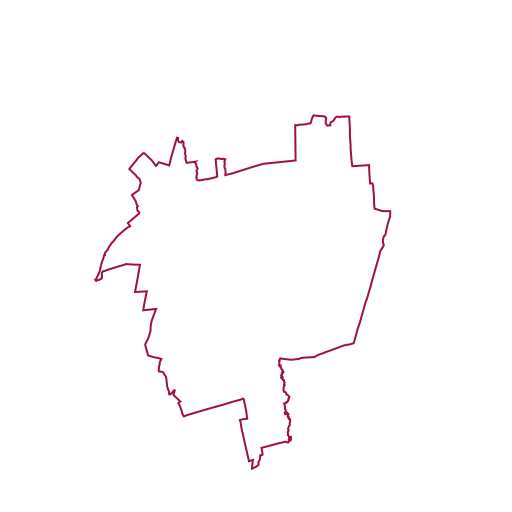 Belcesti, Iasi, Romania (Mercator projection), rotated 44°
{"feature_id": "2599482B23393445756532", "entity_name": "Belcesti", "entity_type": "district", "adm_level": 2, "iso_a3": "ROU", "parent_name": "Romania", "parent_adm1": "Iasi", "projection": "mercator", "projection_center": [27.109, 47.31], "detail": "fine", "context": "isolated", "style": "outline", "palette": "rose", "viewbox_px": 512, "rotation_deg": 44, "n_neighbors": 0, "source": "geoboundaries", "source_scale": "gbopen_adm2", "svg_char_len": 6134}
<svg xmlns="http://www.w3.org/2000/svg" viewBox="0 0 512 512"><g transform="rotate(44 256 256)"><path d="M158.3,384.9L158.2,384.3L158.3,384.1L159.7,382.4L160.1,380.3L160.7,379.7L160.1,378.5L159.6,377.9L157.1,375.6L156.5,374.0L156.5,373.4L157.4,372.1L158.9,368.9L165.1,357.7L167.9,352.8L167.8,352.4L173.8,347.3L178.6,342.9L185.4,352.9L194.0,365.9L202.0,357.3L209.0,368.2L212.6,373.4L220.9,363.5L226.1,375.4L229.2,379.9L231.9,382.8L234.1,386.8L236.0,391.0L237.4,395.8L238.0,396.9L245.7,401.4L247.5,402.5L252.4,400.0L256.9,397.1L259.5,395.8L259.9,397.1L260.0,397.9L261.0,400.0L261.8,400.6L263.1,403.0L264.6,404.7L265.2,405.7L266.4,406.4L268.2,405.0L270.4,404.1L271.9,404.8L274.9,405.3L277.7,407.3L282.1,411.1L286.2,413.5L287.8,413.9L288.0,414.1L289.1,415.6L289.5,415.7L290.1,415.6L290.3,415.4L290.5,414.5L290.6,413.4L290.5,410.8L290.3,410.1L290.5,409.2L290.9,409.1L292.9,413.0L293.2,413.3L302.6,413.2L302.2,415.5L302.4,415.8L304.4,416.3L306.2,417.1L309.6,418.8L312.3,420.5L313.6,421.0L315.5,421.5L316.8,418.6L320.7,411.6L329.9,395.5L334.2,388.3L340.4,377.2L344.6,370.2L345.2,369.1L345.5,367.7L346.6,367.5L356.2,374.0L362.7,379.2L359.9,382.6L358.4,385.2L360.7,386.5L365.1,389.9L393.5,408.5L395.5,404.9L399.0,409.6L400.9,411.7L401.1,411.4L401.7,409.4L402.6,407.4L402.9,404.4L402.5,403.9L401.1,403.0L400.1,399.8L398.8,397.9L397.5,396.5L398.8,394.7L398.7,394.5L397.8,393.5L393.2,390.2L402.7,374.5L406.1,369.2L406.3,369.0L407.6,368.6L408.0,368.1L408.6,367.9L408.7,367.3L408.4,366.5L407.0,365.2L407.0,364.8L407.3,364.6L408.2,364.9L409.0,364.7L408.9,364.3L408.0,362.8L406.8,361.9L406.5,362.4L407.0,363.2L407.1,363.7L407.0,364.1L406.7,364.1L405.8,363.6L405.3,362.9L405.0,362.8L403.2,362.6L402.6,361.6L401.7,361.1L400.9,360.1L400.8,359.8L400.8,359.1L400.5,358.6L399.3,358.3L399.1,358.2L397.8,355.2L397.7,354.1L396.0,352.4L395.2,350.8L393.9,349.8L393.6,349.8L393.3,350.4L392.8,350.5L392.5,350.3L392.1,349.4L391.2,349.1L390.9,349.7L390.6,349.7L389.9,348.9L389.4,347.3L388.3,347.3L387.5,347.0L387.3,347.1L387.2,347.4L387.7,348.0L387.8,348.3L387.3,348.3L386.9,349.5L386.3,349.3L385.6,348.7L386.5,347.9L386.5,347.6L386.4,347.4L384.6,346.7L383.9,346.0L382.9,345.7L381.9,344.6L380.4,343.7L380.1,343.2L378.7,342.6L379.1,342.1L379.4,341.5L379.6,341.3L379.6,340.6L379.3,340.0L379.4,339.8L380.0,339.4L379.8,338.8L379.7,338.1L379.3,337.5L379.4,336.9L378.6,336.3L378.4,335.8L378.5,335.5L378.0,335.0L378.0,334.3L377.7,333.9L374.0,334.1L373.8,334.4L372.8,333.6L372.0,333.5L371.0,333.8L370.4,333.8L370.3,334.2L369.8,334.1L367.8,332.1L366.9,330.6L366.4,330.3L366.4,329.2L365.5,329.0L365.4,328.3L364.6,327.9L364.6,327.2L364.4,327.1L363.0,326.7L362.4,325.9L361.7,326.3L360.9,326.4L360.2,326.1L359.8,325.8L359.9,325.1L359.4,324.7L359.3,324.8L358.9,326.1L358.5,326.1L358.2,325.5L358.3,324.8L358.3,324.4L358.0,324.3L357.3,324.6L356.9,324.4L357.1,323.0L355.9,322.3L355.9,321.9L356.7,320.9L356.6,320.6L356.2,320.4L355.0,320.5L354.9,319.8L354.7,319.6L352.5,319.6L351.4,318.8L350.7,318.9L350.0,318.1L349.8,317.7L349.2,318.2L349.1,318.8L348.8,318.8L348.2,318.5L348.1,317.7L346.7,316.5L346.0,315.3L345.3,315.4L345.0,315.0L345.2,314.5L345.2,314.1L344.6,312.8L351.9,307.4L354.2,305.3L358.7,299.8L358.8,299.0L359.2,298.2L361.4,295.4L365.5,291.1L368.2,288.1L369.2,284.5L369.8,283.2L371.8,279.3L373.0,276.4L374.3,274.0L379.8,262.5L379.9,262.2L381.5,259.1L383.5,256.1L383.9,255.9L386.9,250.9L379.3,236.8L376.9,231.6L367.9,215.0L366.4,212.0L365.8,210.3L359.6,198.4L356.7,193.3L345.5,172.2L342.2,166.5L341.6,164.9L341.6,164.2L340.7,160.0L340.1,159.2L338.2,158.2L336.8,157.1L336.3,156.5L335.2,154.8L334.2,153.0L334.6,151.8L333.9,150.2L332.3,147.7L330.0,143.8L329.2,142.7L326.1,136.7L325.2,134.6L322.0,131.1L321.3,130.5L320.5,131.4L315.9,135.8L308.4,139.6L304.8,136.5L299.4,131.2L290.8,123.6L289.3,122.9L287.7,124.6L278.4,116.2L274.2,112.1L262.9,124.5L257.5,120.2L249.0,112.6L247.1,110.6L240.3,104.5L234.8,98.9L225.7,90.5L225.8,90.8L225.6,91.3L220.5,96.7L219.5,98.2L218.5,98.5L217.2,100.0L217.1,100.7L217.2,102.2L217.7,104.7L217.7,105.7L217.2,106.7L217.0,107.9L217.1,108.6L217.5,109.1L218.7,110.4L216.4,112.8L213.6,111.9L213.2,111.2L212.3,110.4L211.5,109.0L210.5,107.9L210.2,107.8L209.7,108.1L208.3,107.9L204.6,111.1L199.7,114.9L200.4,117.1L200.4,117.6L202.1,120.7L203.0,122.6L203.0,122.9L201.7,124.3L200.6,126.4L195.9,131.6L195.5,132.3L195.3,132.9L193.3,134.6L218.1,159.8L196.9,185.0L191.2,195.2L181.6,213.0L177.7,219.1L177.0,218.4L176.2,217.1L173.5,214.8L172.2,214.4L170.3,212.8L169.7,211.6L169.1,211.0L167.5,209.9L167.2,208.6L166.8,207.8L165.0,208.7L164.7,209.3L163.2,210.7L162.3,211.0L161.1,212.1L160.9,212.6L160.3,212.8L159.9,214.0L159.9,214.6L172.0,224.9L172.8,225.9L172.8,226.5L167.8,234.5L167.4,234.9L166.9,235.1L163.1,240.7L162.3,241.2L161.3,242.2L160.4,242.1L159.7,241.7L159.0,240.9L158.3,240.8L158.1,240.5L157.3,239.4L156.9,238.0L156.5,237.5L153.9,236.0L153.6,235.4L153.5,234.1L153.2,233.5L150.8,233.0L150.1,232.1L148.8,231.3L147.4,231.3L146.7,231.0L146.8,230.3L141.5,237.1L139.6,236.3L138.9,235.7L138.4,235.6L137.7,235.1L137.2,234.7L136.2,233.0L133.8,231.7L132.0,229.3L129.5,227.7L129.1,227.7L128.7,228.0L127.8,227.6L127.2,227.1L127.1,226.7L126.4,226.5L125.5,225.1L124.9,224.8L124.7,224.4L123.0,224.5L123.3,226.4L121.6,227.5L120.6,227.4L119.5,226.9L117.9,225.2L117.0,225.7L118.2,228.3L126.1,243.3L130.6,251.1L121.1,256.0L121.4,260.7L114.8,259.6L105.0,259.6L104.2,259.8L103.5,260.3L103.0,267.4L103.5,270.7L104.1,279.1L104.3,279.6L104.3,280.7L104.5,281.5L113.4,281.4L115.0,281.8L118.8,281.6L122.2,283.3L126.0,290.3L125.3,293.0L124.4,298.3L130.7,299.9L132.3,300.6L133.7,301.5L136.4,302.3L136.3,303.2L136.8,303.9L139.3,305.7L141.5,305.6L141.8,305.7L142.4,306.7L140.9,321.3L144.8,322.0L143.9,324.4L143.0,331.1L142.5,338.5L143.0,342.0L143.2,343.6L143.1,344.8L143.2,345.5L143.2,346.6L143.0,347.1L143.6,348.9L143.6,349.9L144.0,351.7L144.9,354.0L144.8,355.3L145.1,356.7L145.1,358.0L145.2,359.0L145.9,359.9L146.2,359.8L146.6,360.1L146.6,360.4L146.8,360.6L146.4,361.4L147.0,362.2L150.2,369.0L151.6,371.2L152.3,372.8L152.9,373.3L153.3,373.9L154.9,377.2L156.8,383.1L157.0,383.9L156.9,384.5L157.4,384.4L157.8,385.1L158.3,384.9Z" fill="none" stroke="#9f1239" stroke-width="2"/></g></svg>